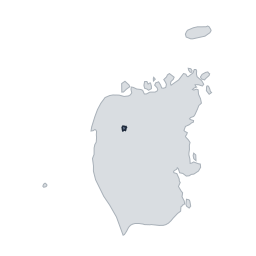 Buk-gu [North Distrikt], Daegu, South Korea shown in context, rotated 184°
{"feature_id": "91817680B84202113891253", "entity_name": "Buk-gu [North Distrikt]", "entity_type": "district", "adm_level": 2, "iso_a3": "KOR", "parent_name": "South Korea", "parent_adm1": "Daegu", "projection": "robinson", "projection_center": [128.573, 35.931], "detail": "fine", "context": "in_parent", "style": "filled", "palette": "slate", "viewbox_px": 256, "rotation_deg": 184, "n_neighbors": 0, "source": "geoboundaries", "source_scale": "gbopen_adm2", "svg_char_len": 3603}
<svg xmlns="http://www.w3.org/2000/svg" viewBox="0 0 256 256"><g transform="rotate(184 128 128)"><path d="M68.6,54.0L69.6,53.3L69.7,52.2L69.7,48.7L72.6,46.2L76.7,41.2L78.7,38.4L81.0,35.9L83.6,34.2L86.2,33.3L90.2,33.0L98.0,33.3L99.5,33.0L104.9,32.8L106.2,33.2L110.1,33.5L114.5,33.2L116.7,32.4L118.7,31.2L120.5,28.9L122.3,24.7L124.2,21.4L125.4,20.7L133.3,38.4L140.9,49.8L147.4,58.1L156.7,74.1L159.5,82.6L159.8,87.8L161.3,95.1L160.0,99.3L160.4,105.8L159.9,109.2L158.7,111.7L158.7,116.4L159.1,119.0L159.1,122.4L159.9,123.7L160.9,124.2L162.6,122.9L164.7,122.4L164.3,126.5L161.9,136.8L159.7,144.3L156.8,150.8L153.0,156.8L148.5,159.1L145.3,159.9L139.2,160.2L134.1,159.2L129.8,160.0L128.0,161.2L126.7,163.3L127.7,166.6L127.6,169.1L125.7,168.9L122.0,167.5L117.9,167.3L116.0,166.6L114.1,163.1L112.1,163.2L108.7,165.3L103.5,165.7L101.6,166.9L101.0,168.3L101.8,170.2L104.4,172.6L103.5,175.0L100.7,176.2L98.5,173.2L97.2,170.3L95.6,170.1L93.2,171.0L92.7,174.1L93.8,176.3L95.7,178.8L93.1,181.7L92.4,183.7L90.5,185.2L85.5,181.9L86.3,179.6L88.4,177.4L88.7,175.0L88.0,173.7L80.8,179.5L76.4,186.2L74.0,185.7L73.1,184.0L71.7,183.3L66.9,187.6L66.0,191.0L64.3,191.1L63.5,189.7L63.5,186.6L62.7,184.0L57.7,180.2L55.5,176.9L56.7,175.1L60.9,176.1L64.1,175.9L63.5,174.4L62.4,173.6L64.6,172.7L66.4,170.9L64.9,170.4L62.6,171.5L60.7,171.0L60.0,166.6L57.7,162.2L56.5,157.9L58.9,155.4L60.1,151.5L62.2,145.9L63.3,144.1L66.3,142.8L67.3,141.4L65.7,140.6L63.1,140.0L63.2,138.4L65.0,137.5L66.9,135.7L70.8,133.6L72.0,129.5L70.9,128.5L68.5,127.5L69.1,125.4L70.1,123.9L69.7,122.9L66.9,120.3L65.1,117.9L65.6,115.1L65.2,110.9L65.5,107.4L65.4,105.5L64.1,101.3L63.5,97.0L61.7,97.6L60.2,98.7L55.1,97.2L53.4,97.1L52.8,93.9L54.7,90.0L59.1,86.6L61.7,86.1L63.6,84.6L66.5,84.1L70.1,86.5L73.3,86.9L75.0,91.0L76.1,91.8L76.4,90.4L79.0,88.6L79.6,87.3L79.0,86.6L76.1,85.9L73.4,80.8L73.1,78.7L72.1,77.3L73.6,73.2L70.5,68.7L69.0,67.2L69.3,63.1L67.7,60.5L66.8,59.1L66.3,56.6L66.8,55.5L68.2,55.0L68.6,54.0ZM57.2,234.4L55.7,235.3L54.3,234.7L53.9,234.3L52.3,232.0L51.9,230.9L53.0,228.7L57.6,225.0L69.5,221.5L71.6,221.3L76.3,222.8L77.3,225.6L76.4,228.1L75.4,229.7L69.9,232.5L65.7,233.8L57.2,234.4ZM137.4,171.9L134.3,174.4L130.1,171.1L129.1,169.3L132.3,166.6L135.0,163.6L136.7,163.4L137.4,171.9ZM115.1,171.6L114.7,175.5L112.4,175.7L111.0,173.2L109.5,174.4L108.7,174.5L107.6,171.3L107.4,168.9L110.1,167.1L111.8,168.2L114.2,168.8L115.1,171.6ZM54.4,188.9L52.3,189.5L51.1,188.1L50.3,187.8L50.8,186.0L54.2,182.5L54.9,181.3L58.1,182.0L59.3,183.9L57.8,186.7L54.4,188.9ZM64.9,55.8L64.7,61.0L62.9,60.8L61.7,60.3L61.2,59.2L60.0,54.4L61.4,52.4L64.0,54.0L64.9,55.8ZM52.5,174.6L52.0,175.6L50.6,175.3L49.1,172.5L48.5,170.4L47.1,169.2L49.4,167.3L52.4,170.7L52.5,174.6ZM61.1,105.0L60.7,107.5L58.5,105.8L57.9,100.2L60.2,101.9L61.1,105.0ZM208.3,66.0L206.9,67.2L205.1,66.0L204.9,64.8L205.8,63.7L207.9,63.0L208.9,64.0L208.3,66.0ZM71.6,190.0L72.1,191.8L69.5,191.5L68.1,189.7L68.3,188.1L69.9,187.9L71.6,190.0ZM106.2,179.2L105.9,180.4L104.2,178.6L105.9,176.6L106.2,179.2Z" fill="#d9dde1" stroke="#a8b0b8" stroke-width="1"/><path d="M129.5,128.5L130.2,129.4L130.9,129.0L131.2,128.9L131.5,129.1L131.6,129.3L131.8,129.4L131.9,129.5L132.1,129.5L132.3,129.5L133.2,129.5L133.2,129.2L133.5,128.9L133.7,128.7L133.8,128.4L133.8,128.1L133.9,127.8L133.8,127.6L133.7,127.3L133.4,126.8L133.5,126.4L133.4,125.9L133.0,124.7L132.7,124.8L132.6,125.1L132.4,125.5L132.0,125.5L131.7,125.5L131.4,125.8L131.1,126.0L130.8,125.9L130.8,125.7L130.4,125.4L130.1,126.0L130.1,126.4L130.3,126.7L130.4,127.2L130.3,127.5L129.8,127.8L129.6,128.2L129.5,128.5Z" fill="#64748b" stroke="#1e293b" stroke-width="1.5"/></g></svg>